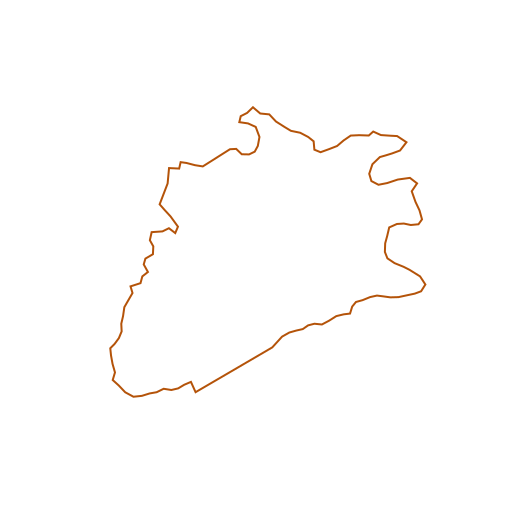 outline of Tunápolis, Santa Catarina, Brazil, rotated 145°
{"feature_id": "56859067B92561105565380", "entity_name": "Tunápolis", "entity_type": "district", "adm_level": 2, "iso_a3": "BRA", "parent_name": "Brazil", "parent_adm1": "Santa Catarina", "projection": "orthographic", "projection_center": [-53.66, -26.989], "detail": "fine", "context": "isolated", "style": "outline", "palette": "amber", "viewbox_px": 512, "rotation_deg": 145, "n_neighbors": 0, "source": "geoboundaries", "source_scale": "gbopen_adm2", "svg_char_len": 1793}
<svg xmlns="http://www.w3.org/2000/svg" viewBox="0 0 512 512"><g transform="rotate(145 256 256)"><path d="M383.6,179.1L295.1,171.8L280.9,175.0L272.6,174.2L265.7,171.8L259.6,169.3L253.1,169.3L247.0,167.0L241.3,162.1L233.3,161.1L224.7,160.7L217.6,157.9L212.0,154.9L206.2,159.4L200.5,161.0L194.0,158.7L186.1,156.9L179.6,154.2L175.3,150.3L169.7,145.1L162.9,140.6L154.8,137.2L147.5,134.1L141.0,132.4L133.6,135.5L133.3,145.2L138.2,156.7L141.3,162.5L146.6,170.7L149.7,178.7L148.1,185.4L142.9,192.3L137.0,197.2L130.5,203.0L122.2,201.4L116.3,197.8L111.4,192.6L104.7,188.8L99.0,190.8L95.9,199.6L94.3,208.9L91.3,219.7L82.4,223.1L85.1,231.7L96.0,237.3L106.7,240.5L114.8,244.1L118.5,251.2L116.1,258.4L108.0,264.4L97.8,266.0L92.0,264.0L85.8,262.0L77.5,259.8L67.5,262.9L71.6,273.3L76.6,277.2L84.3,283.4L88.6,290.7L94.5,290.0L102.2,295.8L109.3,300.3L117.9,300.4L126.5,299.6L134.7,301.6L143.6,304.0L147.2,309.6L143.0,316.9L145.0,323.6L149.1,331.6L155.6,338.5L158.6,345.3L162.5,354.7L163.9,364.4L170.8,370.3L173.2,379.6L181.2,378.3L188.3,379.3L192.9,375.2L186.5,369.2L182.2,361.9L184.9,351.5L191.4,345.1L197.2,342.2L203.4,343.2L209.3,347.5L210.8,355.1L216.1,358.4L248.2,359.9L253.9,365.4L259.6,372.1L263.9,376.1L268.8,371.7L276.8,377.9L286.8,366.1L305.3,353.6L304.5,346.4L303.3,337.4L303.1,324.8L309.0,321.1L311.4,328.7L318.5,329.8L327.8,335.4L333.9,329.8L334.6,322.8L339.4,316.6L348.1,317.3L352.8,313.5L353.7,304.9L360.8,304.5L366.2,300.0L376.2,303.1L378.4,296.5L385.5,293.2L393.2,289.6L399.4,283.0L405.2,277.8L409.3,271.3L415.4,267.4L422.2,265.1L428.3,264.0L431.8,257.7L435.4,249.9L438.3,241.5L444.5,236.6L442.7,228.7L441.3,219.4L437.1,211.0L429.7,206.9L421.9,204.4L415.5,201.4L407.8,200.2L402.2,194.8L395.7,192.2L388.7,191.7L381.5,190.2L383.6,179.1Z" fill="none" stroke="#b45309" stroke-width="2"/></g></svg>